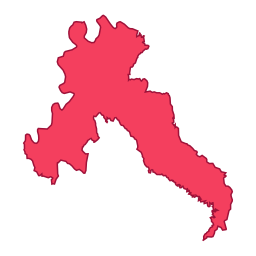 outline of Telle, Quthing, Lesotho
{"feature_id": "5366337B55047013089331", "entity_name": "Telle", "entity_type": "district", "adm_level": 2, "iso_a3": "LSO", "parent_name": "Lesotho", "parent_adm1": "Quthing", "projection": "equal_earth", "projection_center": [28.078, -30.25], "detail": "fine", "context": "isolated", "style": "filled", "palette": "rose", "viewbox_px": 256, "rotation_deg": 0, "n_neighbors": 0, "source": "geoboundaries", "source_scale": "gbopen_adm2", "svg_char_len": 5822}
<svg xmlns="http://www.w3.org/2000/svg" viewBox="0 0 256 256"><path d="M202.7,240.6L206.7,237.9L207.1,236.7L211.5,237.0L213.0,236.5L214.4,233.3L214.8,230.8L217.0,229.3L217.9,226.2L221.0,227.5L222.6,230.1L226.0,229.6L226.3,229.1L224.2,221.5L224.7,220.6L226.9,219.5L229.0,210.5L230.6,209.1L230.6,204.4L232.2,201.1L232.3,199.8L231.3,196.8L230.9,194.7L232.3,191.8L231.8,190.0L229.9,187.5L228.1,186.2L225.9,186.1L224.2,183.5L223.6,178.4L224.0,177.4L225.1,177.0L226.0,176.1L225.8,175.6L224.4,175.4L224.2,174.8L225.8,172.8L221.3,171.8L219.6,168.9L215.1,167.3L212.8,163.4L209.3,163.5L207.1,162.1L206.7,161.4L206.8,159.7L206.3,158.5L202.1,155.4L199.9,156.8L197.8,156.0L196.3,154.3L197.2,152.2L196.7,151.3L194.4,150.5L192.6,148.3L189.9,145.8L187.6,144.8L187.0,143.8L185.6,143.6L181.2,141.8L178.6,135.5L178.4,128.4L176.9,127.1L176.1,127.2L175.7,126.5L175.2,127.2L175.2,124.4L174.2,125.6L172.3,123.1L173.8,122.1L173.5,119.4L172.8,118.2L173.3,117.4L174.1,117.9L173.9,114.9L172.4,110.3L172.3,106.6L170.4,104.1L170.0,97.8L169.3,95.6L168.3,94.6L168.3,93.7L166.6,92.8L164.5,93.9L163.7,93.5L162.4,94.2L159.7,92.8L156.7,92.8L154.2,91.9L152.2,92.4L150.2,91.1L145.3,92.0L147.5,86.4L147.7,82.8L146.9,80.8L144.6,78.8L143.0,79.1L141.6,81.0L140.9,80.7L139.7,78.6L138.4,79.0L136.6,78.6L134.1,79.6L131.4,79.1L130.3,79.8L129.2,79.3L128.6,80.0L128.7,76.9L128.2,74.5L129.9,74.4L129.6,72.9L130.4,67.7L131.1,67.0L132.0,67.1L132.6,66.6L133.3,65.7L133.5,64.3L135.4,62.9L136.9,58.3L137.8,57.3L137.7,56.3L139.0,54.3L140.2,53.7L140.8,52.6L141.7,52.7L142.3,52.3L142.9,51.2L145.4,49.0L146.5,49.2L147.9,48.6L148.9,46.2L148.0,45.4L145.0,45.2L144.7,43.8L142.6,42.4L142.8,42.0L144.3,41.7L143.6,37.0L144.1,36.0L143.4,35.8L142.3,37.4L141.5,37.3L141.0,35.0L139.7,35.4L140.1,33.4L139.6,33.1L139.0,35.5L136.7,36.7L136.7,34.8L137.9,31.0L132.5,28.8L129.8,28.6L128.2,27.8L124.4,24.2L120.4,21.8L119.2,21.9L117.0,23.1L116.6,24.5L116.8,27.1L115.5,28.5L114.3,28.3L112.8,27.1L110.2,23.8L105.7,17.1L103.5,15.4L102.6,15.6L99.8,18.3L96.9,19.6L96.7,20.8L97.1,21.7L100.2,25.8L100.6,27.3L99.2,34.8L98.2,36.7L95.9,38.9L95.4,40.5L94.0,42.5L91.6,42.7L88.2,41.3L84.3,37.9L84.3,36.0L86.2,32.6L86.7,29.1L85.7,25.2L84.1,21.8L81.9,22.8L81.6,22.2L76.2,21.7L74.1,22.2L72.8,24.9L71.1,26.3L69.7,28.1L68.9,31.5L68.9,33.8L69.4,37.5L69.9,38.4L72.8,42.3L75.8,44.6L76.7,45.7L76.7,46.6L76.4,47.2L72.1,49.8L65.4,51.5L64.3,52.5L63.3,56.2L58.3,57.8L57.3,61.8L58.2,64.6L63.1,70.1L65.0,74.2L65.6,76.8L64.7,82.3L63.7,83.4L60.0,85.3L59.2,86.6L59.1,87.4L60.6,90.6L62.2,92.6L63.6,93.2L64.4,93.4L70.1,91.9L74.0,93.5L74.2,94.7L73.1,96.7L69.4,101.6L66.1,104.3L63.2,108.9L61.9,110.1L60.1,108.7L58.6,104.3L57.8,103.1L54.9,103.4L53.1,104.5L51.7,107.4L51.7,110.6L52.5,113.5L52.0,122.6L51.4,125.0L47.3,129.0L38.3,128.5L37.6,129.7L37.6,131.5L38.6,135.3L38.8,138.7L38.4,141.4L36.7,143.3L34.6,143.1L33.5,142.3L31.6,140.0L30.0,135.6L29.0,134.5L27.0,134.1L25.6,135.1L25.5,139.8L25.2,141.0L23.7,143.1L24.4,144.3L24.5,148.6L24.0,149.7L25.0,151.9L25.1,153.6L26.8,154.6L27.1,158.4L28.8,158.4L30.9,159.2L32.5,160.8L33.8,165.2L34.9,167.5L34.1,170.6L36.7,171.8L38.7,175.6L39.9,175.6L41.8,173.9L42.0,176.2L43.4,176.1L48.3,177.7L50.7,176.7L52.7,177.9L52.6,178.6L51.4,179.7L51.9,184.1L52.9,183.7L54.5,184.0L56.1,179.2L58.4,176.0L57.7,174.0L57.3,164.0L57.5,162.7L58.2,162.8L60.8,160.1L66.0,161.4L67.6,163.4L69.4,163.7L72.0,165.9L74.5,168.9L76.4,170.3L79.3,169.4L81.9,171.2L83.6,173.1L84.8,173.2L85.9,170.5L86.4,162.4L88.1,153.8L85.5,153.9L83.2,151.7L82.0,150.2L82.5,147.0L83.2,146.8L84.0,145.1L85.1,144.5L87.5,141.4L87.5,140.6L90.3,138.8L91.1,138.4L92.2,140.2L94.0,140.9L93.9,142.1L94.6,142.1L97.6,139.7L99.2,137.8L97.9,136.2L97.6,134.0L96.7,132.8L96.5,128.5L95.6,125.2L95.6,123.3L94.8,120.6L93.7,119.5L93.5,117.5L93.8,116.2L95.8,116.6L98.8,113.0L100.1,112.6L101.9,115.0L103.3,115.4L103.9,116.5L103.9,117.5L105.7,119.6L105.7,121.3L107.0,122.5L107.4,121.9L106.5,120.3L107.1,119.4L107.2,117.6L108.4,118.7L109.8,118.3L110.9,120.5L113.1,121.1L114.7,117.8L116.1,117.6L117.6,119.8L118.7,120.2L120.4,124.1L121.3,125.2L123.3,125.6L125.2,128.5L126.6,129.0L127.3,130.4L129.2,131.4L129.8,132.5L130.8,136.1L133.2,136.8L134.3,137.9L134.5,138.8L136.1,139.6L136.7,140.6L137.8,146.0L137.7,147.7L136.9,149.2L141.2,152.3L142.4,155.3L142.4,156.6L143.9,158.6L143.5,160.7L144.8,164.5L146.7,166.8L148.1,167.1L148.9,168.2L149.1,169.7L148.4,170.6L148.9,172.6L150.4,172.9L150.9,171.6L150.6,170.5L152.0,169.7L152.8,170.1L153.0,172.0L154.4,172.3L156.9,174.5L161.2,174.6L161.9,174.1L163.4,175.7L165.7,175.5L166.9,177.4L168.2,177.7L168.3,178.6L170.0,180.7L171.5,180.2L172.4,180.9L172.6,180.4L173.2,180.6L173.7,181.8L175.5,182.6L175.3,183.3L175.9,184.7L177.5,186.0L178.0,185.9L177.9,184.8L179.2,184.5L180.1,185.1L180.4,185.6L179.6,185.7L179.4,186.3L180.0,187.7L181.1,187.7L182.9,186.2L184.0,188.5L186.4,189.3L187.4,188.8L187.5,189.4L186.9,190.5L186.8,191.7L188.3,191.3L188.7,190.4L189.2,190.5L189.5,192.6L188.7,194.1L189.4,194.2L190.1,192.7L190.8,192.7L190.6,193.9L191.2,195.4L193.7,195.3L192.3,196.2L192.4,196.9L193.4,196.4L194.3,197.2L195.9,196.5L196.2,195.4L197.7,196.6L199.3,196.5L200.5,198.4L199.2,197.8L198.7,198.1L198.5,200.6L200.5,199.2L200.4,200.9L200.8,201.9L205.1,201.0L204.1,202.1L204.2,203.6L207.2,202.7L207.7,205.8L208.3,206.5L209.1,206.7L210.0,206.1L209.8,202.8L211.9,204.5L212.2,204.4L212.2,202.9L212.9,202.8L213.3,206.0L212.4,206.6L213.2,207.5L213.3,209.2L213.9,210.8L214.6,210.5L215.4,209.0L217.7,210.3L216.0,210.7L215.2,211.8L213.3,211.5L213.1,210.6L212.2,210.6L212.0,211.2L212.5,212.8L213.2,213.5L212.4,214.7L213.5,215.3L213.7,216.4L214.4,216.5L214.9,217.2L214.0,217.8L212.1,216.8L210.3,217.7L211.5,219.4L211.5,221.3L213.2,223.3L213.6,224.9L212.1,225.5L212.5,226.7L210.5,227.6L208.8,230.2L208.9,231.1L206.8,232.5L206.2,233.6L205.3,233.8L204.5,234.9L203.7,236.5L203.8,239.4L202.7,240.6Z" fill="#f43f5e" stroke="#9f1239" stroke-width="1.5"/></svg>